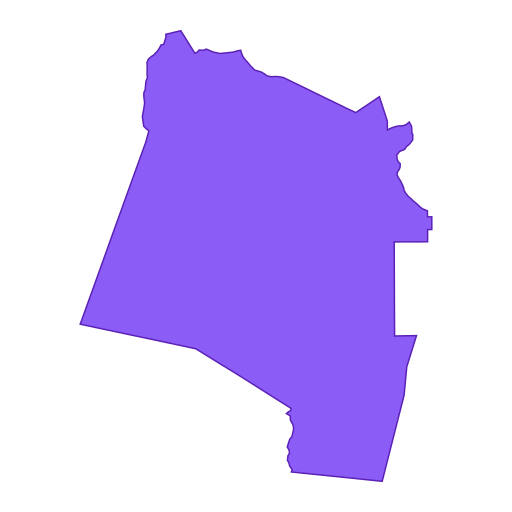 Mossoró, Rio Grande do Norte, Brazil (orthographic projection)
{"feature_id": "56859067B95592626644190", "entity_name": "Mossoró", "entity_type": "district", "adm_level": 2, "iso_a3": "BRA", "parent_name": "Brazil", "parent_adm1": "Rio Grande do Norte", "projection": "orthographic", "projection_center": [-37.301, -5.186], "detail": "fine", "context": "isolated", "style": "filled", "palette": "violet", "viewbox_px": 512, "rotation_deg": 0, "n_neighbors": 0, "source": "geoboundaries", "source_scale": "gbopen_adm2", "svg_char_len": 1835}
<svg xmlns="http://www.w3.org/2000/svg" viewBox="0 0 512 512"><path d="M165.8,34.3L166.0,37.2L164.6,41.4L163.7,44.4L161.1,44.9L159.1,48.7L157.3,51.3L155.7,52.8L154.3,54.6L151.3,56.6L148.4,59.1L147.0,62.4L147.2,67.9L147.1,74.4L147.4,77.6L145.9,81.5L145.2,89.5L143.9,92.6L143.8,96.1L144.6,102.9L144.1,106.9L142.4,116.2L142.7,119.2L143.7,126.1L146.0,128.6L148.9,130.8L145.7,142.4L123.2,204.7L122.4,207.1L119.0,216.3L95.7,281.2L80.2,324.2L105.6,329.6L167.9,342.8L195.9,348.8L197.7,349.9L202.6,353.0L221.5,364.7L236.2,373.7L239.1,375.5L291.2,408.5L290.6,410.6L288.4,411.8L286.4,413.6L290.2,415.8L290.4,420.1L292.8,424.4L293.5,427.1L293.5,429.8L291.9,436.7L289.8,439.1L288.1,444.2L287.3,447.1L289.0,449.9L289.5,453.2L288.0,455.6L287.4,460.2L288.9,462.9L289.7,466.1L292.1,469.5L291.4,472.0L382.2,481.3L385.2,469.4L404.1,395.1L406.8,366.7L416.5,335.6L394.6,336.0L394.4,296.4L394.4,291.8L394.3,269.7L394.2,241.9L427.6,241.8L427.6,229.6L431.8,229.6L431.8,216.8L427.5,216.8L427.4,210.8L422.5,208.8L420.1,207.0L417.0,204.0L413.3,200.9L410.8,198.5L408.2,196.3L405.6,193.0L404.0,190.2L403.7,188.0L402.6,185.1L400.6,181.0L398.3,177.5L397.0,174.6L397.4,172.0L399.3,169.3L400.1,167.1L400.2,163.6L398.2,161.8L397.1,159.0L396.8,155.0L399.6,151.4L404.6,149.5L406.4,146.6L408.8,144.8L410.6,142.7L412.7,140.0L412.7,137.2L412.8,134.7L411.9,132.6L411.6,126.4L409.3,122.0L406.3,124.5L402.9,125.8L399.1,125.9L395.7,126.5L391.9,127.8L389.6,128.8L387.4,130.0L387.3,121.0L379.4,96.7L355.8,112.6L347.0,108.5L283.5,77.6L279.0,76.7L276.6,76.5L270.9,76.7L267.2,75.9L264.3,73.8L261.0,71.9L254.5,70.0L252.7,67.9L251.0,66.4L247.1,61.7L245.2,59.7L242.8,56.4L241.4,52.9L240.7,50.3L238.1,50.7L233.2,52.1L219.9,53.5L215.9,52.6L213.3,52.1L206.3,49.1L203.3,50.3L199.1,50.0L197.5,51.9L194.9,53.3L180.8,30.7L165.8,34.3Z" fill="#8b5cf6" stroke="#5b21b6" stroke-width="1.5"/></svg>